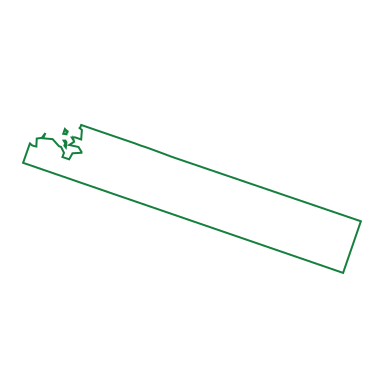 outline of Arapahoe, Colorado, United States of America, rotated 19°
{"feature_id": "52423323B66865800325453", "entity_name": "Arapahoe", "entity_type": "district", "adm_level": 2, "iso_a3": "USA", "parent_name": "United States of America", "parent_adm1": "Colorado", "projection": "natural_earth1", "projection_center": [-104.718, 39.653], "detail": "fine", "context": "isolated", "style": "outline", "palette": "green", "viewbox_px": 384, "rotation_deg": 19, "n_neighbors": 0, "source": "geoboundaries", "source_scale": "gbopen_adm2", "svg_char_len": 1163}
<svg xmlns="http://www.w3.org/2000/svg" viewBox="0 0 384 384"><g transform="rotate(19 192 192)"><path d="M361.2,164.7L169.3,165.3L169.2,165.3L168.9,165.3L167.0,165.3L166.9,165.3L166.7,165.3L165.7,165.3L164.7,165.3L161.9,165.3L160.6,165.3L160.2,165.3L159.3,165.2L157.0,165.2L156.9,165.2L156.2,165.2L155.2,165.1L136.3,164.7L133.4,164.7L132.7,164.7L128.2,164.8L122.0,164.6L84.1,164.7L65.4,164.7L65.4,167.0L64.9,168.1L67.7,169.2L70.1,178.4L63.6,178.4L60.6,179.6L61.8,180.6L61.8,180.2L62.0,180.2L61.8,180.0L61.8,179.9L64.2,182.9L60.6,187.5L70.0,186.4L74.5,190.1L74.7,190.9L66.4,194.3L65.2,201.1L58.1,201.1L58.2,196.6L53.5,192.0L51.3,192.0L43.0,187.4L33.7,189.7L34.2,184.0L32.4,189.7L27.8,192.0L30.0,199.7L27.6,200.0L25.3,199.9L23.0,198.8L22.9,199.4L22.9,202.1L22.9,203.7L22.8,219.4L24.1,219.4L43.2,219.4L58.0,219.4L60.4,219.4L82.7,219.4L90.4,219.4L116.9,219.4L121.6,219.4L126.3,219.4L359.4,219.3L361.2,219.3L361.2,164.7ZM51.3,178.9L54.5,178.3L53.6,176.1L54.8,176.1L54.7,175.2L54.4,175.2L54.2,175.1L54.2,175.3L51.3,173.8L51.3,178.9ZM53.9,185.2L56.4,187.3L56.2,189.7L58.2,191.0L57.1,185.8L55.5,184.6L53.9,185.2Z" fill="none" stroke="#15803d" stroke-width="2"/></g></svg>